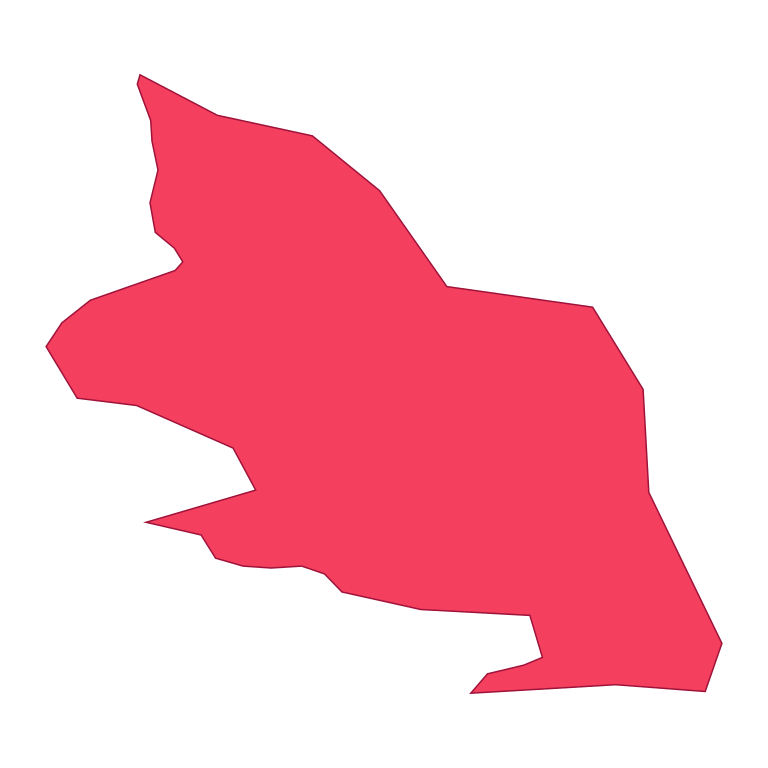 the Municipality of Vilanu
{"feature_id": "LVA-5753", "entity_name": "Vilanu", "entity_type": "Municipality", "adm_level": 1, "iso_a3": "LVA", "parent_name": "Latvia", "parent_adm1": "", "projection": "equal_earth", "projection_center": [26.851, 56.564], "detail": "fine", "context": "isolated", "style": "filled", "palette": "rose", "viewbox_px": 768, "rotation_deg": 0, "n_neighbors": 0, "source": "natural_earth", "source_scale": "10m", "svg_char_len": 630}
<svg xmlns="http://www.w3.org/2000/svg" viewBox="0 0 768 768"><path d="M271.1,568.0L243.1,566.1L215.6,558.2L201.1,535.0L146.0,522.3L255.7,490.1L233.1,448.1L136.6,405.5L77.2,398.2L46.1,346.6L61.9,322.8L90.4,300.2L175.1,270.5L182.8,261.9L174.4,248.2L155.3,232.4L150.0,202.8L158.0,170.1L152.0,141.2L150.7,120.5L137.3,84.2L140.0,74.8L217.3,115.3L312.4,135.9L379.6,190.7L446.9,286.6L592.6,307.2L643.1,389.4L648.8,492.4L721.9,643.4L705.2,691.5L615.4,684.7L470.8,693.2L487.5,673.8L523.6,665.2L542.4,657.4L529.9,615.4L420.7,609.5L342.0,592.0L324.5,573.9L301.7,566.1L271.1,568.0Z" fill="#f43f5e" stroke="#9f1239" stroke-width="1.5"/></svg>